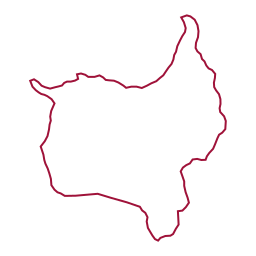 the district of Artur Nogueira, São Paulo, Brazil
{"feature_id": "56859067B43378386004109", "entity_name": "Artur Nogueira", "entity_type": "district", "adm_level": 2, "iso_a3": "BRA", "parent_name": "Brazil", "parent_adm1": "São Paulo", "projection": "equal_earth", "projection_center": [-47.129, -22.556], "detail": "fine", "context": "isolated", "style": "outline", "palette": "rose", "viewbox_px": 256, "rotation_deg": 0, "n_neighbors": 0, "source": "geoboundaries", "source_scale": "gbopen_adm2", "svg_char_len": 1800}
<svg xmlns="http://www.w3.org/2000/svg" viewBox="0 0 256 256"><path d="M213.1,148.8L215.0,144.4L217.4,138.3L219.1,134.7L222.2,132.7L225.3,129.1L225.8,121.0L224.1,116.3L220.2,112.0L219.6,108.2L220.5,104.0L220.4,99.1L219.0,94.2L216.1,90.4L214.2,87.1L213.9,82.7L214.9,78.0L215.2,73.9L212.0,70.0L208.6,68.4L206.3,65.5L204.5,61.4L202.0,59.0L200.6,54.2L197.4,51.4L195.6,48.0L196.0,42.8L198.0,37.2L198.5,31.2L197.5,25.2L194.7,19.7L190.4,16.4L186.8,15.4L181.2,17.4L183.9,22.2L185.7,28.1L185.0,32.0L182.3,36.1L180.1,40.3L177.3,46.2L176.0,51.8L174.2,55.0L173.4,59.5L171.5,64.0L168.5,67.6L165.9,71.4L163.3,75.3L159.9,78.0L156.3,81.2L151.3,83.3L146.9,85.7L141.8,88.0L136.7,86.7L131.2,86.7L126.1,87.8L123.4,85.6L118.4,82.5L114.0,80.7L108.9,80.3L105.7,79.9L103.1,77.4L99.5,75.4L94.5,76.9L88.3,76.9L85.3,74.8L81.0,73.5L77.0,74.3L78.1,78.9L75.0,80.6L70.8,81.6L67.0,81.6L64.2,82.9L62.0,85.5L58.3,86.5L55.3,87.2L50.1,88.6L45.1,87.2L41.6,85.7L38.3,82.1L34.0,79.3L30.2,80.8L32.5,86.7L35.8,90.2L38.7,92.4L41.3,94.0L44.4,94.8L47.2,96.1L51.6,99.2L54.5,103.4L53.0,106.8L51.2,111.0L50.2,116.6L50.8,120.6L49.6,124.5L49.0,129.5L47.5,136.1L44.8,141.2L40.7,146.5L43.4,154.6L44.3,160.0L45.4,163.6L47.7,168.5L49.4,173.6L50.9,178.9L51.4,185.2L54.5,189.7L57.5,192.3L60.7,193.4L64.8,195.9L75.7,195.7L97.7,193.8L111.2,197.9L126.8,202.3L139.9,206.8L142.1,210.4L145.3,212.8L147.5,217.2L146.7,221.5L147.9,227.9L150.0,231.5L152.4,235.5L155.0,239.1L158.1,240.6L160.4,237.9L165.3,236.0L170.4,235.7L173.1,234.0L175.8,228.9L178.6,224.6L178.3,218.5L177.9,211.2L182.4,210.6L185.9,207.1L188.9,202.7L187.6,197.7L185.6,192.1L184.2,185.9L184.2,181.4L182.3,175.9L180.7,171.4L182.9,167.6L186.3,165.1L189.9,163.4L192.6,159.5L197.2,158.9L201.4,160.0L205.6,159.8L206.9,156.3L209.3,152.9L213.1,148.8Z" fill="none" stroke="#9f1239" stroke-width="2"/></svg>